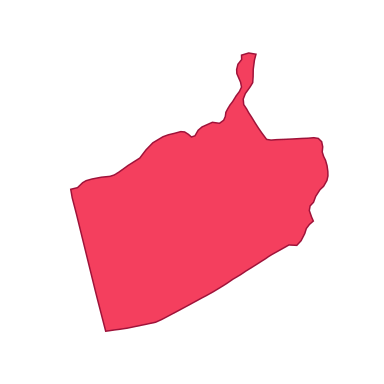 the district of São Gonçalo do Amarante, Rio Grande do Norte, Brazil, rotated 334°
{"feature_id": "56859067B3289637824889", "entity_name": "São Gonçalo do Amarante", "entity_type": "district", "adm_level": 2, "iso_a3": "BRA", "parent_name": "Brazil", "parent_adm1": "Rio Grande do Norte", "projection": "robinson", "projection_center": [-35.331, -5.773], "detail": "fine", "context": "isolated", "style": "filled", "palette": "rose", "viewbox_px": 384, "rotation_deg": 334, "n_neighbors": 0, "source": "geoboundaries", "source_scale": "gbopen_adm2", "svg_char_len": 1555}
<svg xmlns="http://www.w3.org/2000/svg" viewBox="0 0 384 384"><g transform="rotate(334 192 192)"><path d="M84.2,136.4L81.8,144.7L80.5,151.1L79.7,155.1L78.4,161.5L62.0,237.4L60.3,245.5L53.4,279.3L57.4,280.6L62.2,282.1L66.2,283.5L74.1,286.0L102.2,293.1L108.7,293.3L132.2,292.5L155.0,291.5L159.4,291.4L168.1,290.9L174.8,290.3L183.3,289.4L190.5,288.3L199.3,287.6L205.5,286.7L213.5,285.9L225.0,284.6L228.8,284.2L232.4,283.6L236.4,283.2L255.9,282.1L262.8,285.9L268.7,283.6L275.1,278.8L278.8,274.9L283.4,272.6L288.3,271.3L288.5,266.9L289.3,260.1L292.0,256.3L296.7,254.5L301.3,250.1L308.1,246.0L312.7,244.6L318.3,240.8L321.2,237.2L323.1,233.1L324.9,227.6L325.9,222.1L325.9,217.7L326.6,213.1L329.3,208.7L330.6,203.6L329.0,199.2L325.3,196.6L319.8,194.5L314.4,192.1L305.3,188.3L298.8,185.5L290.9,182.0L285.8,180.0L282.1,177.4L280.6,169.4L279.7,163.5L279.0,157.5L278.4,151.1L277.7,145.6L277.5,141.4L276.8,136.1L278.8,130.9L283.1,126.9L290.3,123.0L294.5,120.3L297.5,115.1L300.8,108.6L305.9,100.9L309.9,96.2L303.9,91.9L296.5,90.7L294.7,94.7L289.3,97.3L285.8,101.5L284.2,105.3L283.8,114.5L282.5,119.4L278.8,122.4L273.9,124.9L268.1,128.6L264.4,130.4L260.7,132.8L257.4,135.2L255.0,138.8L251.9,141.4L246.8,142.3L240.9,138.3L229.6,137.9L224.6,139.2L219.3,142.8L215.6,142.3L214.0,138.5L211.7,134.8L208.4,132.8L202.0,131.6L195.8,130.2L190.1,129.6L178.4,130.6L169.3,133.9L164.1,136.5L160.0,138.6L146.4,140.1L134.9,142.1L129.5,142.6L125.2,142.0L117.1,139.0L107.9,136.5L101.8,135.4L97.8,135.7L91.0,137.9L84.2,136.4Z" fill="#f43f5e" stroke="#9f1239" stroke-width="1.5"/></g></svg>